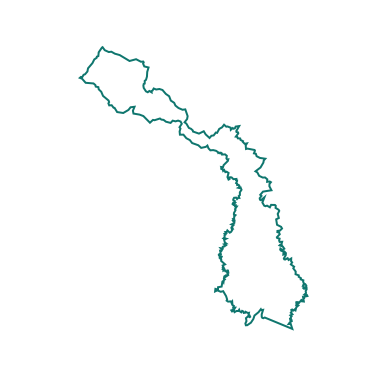 the district of Simacota, Santander, Colombia, rotated 198°
{"feature_id": "7082276B23546148362682", "entity_name": "Simacota", "entity_type": "district", "adm_level": 2, "iso_a3": "COL", "parent_name": "Colombia", "parent_adm1": "Santander", "projection": "mercator", "projection_center": [-73.674, 6.657], "detail": "fine", "context": "isolated", "style": "outline", "palette": "teal", "viewbox_px": 384, "rotation_deg": 198, "n_neighbors": 0, "source": "geoboundaries", "source_scale": "gbopen_adm2", "svg_char_len": 6001}
<svg xmlns="http://www.w3.org/2000/svg" viewBox="0 0 384 384"><g transform="rotate(198 192 192)"><path d="M54.3,92.8L57.4,97.1L59.3,96.3L58.7,98.3L57.2,100.0L57.8,101.0L59.0,100.7L59.6,101.8L58.9,102.4L59.3,103.3L58.9,104.5L60.3,105.1L58.7,106.7L60.7,107.7L60.2,108.9L61.1,110.6L60.4,111.2L58.7,110.7L58.1,112.0L57.0,111.5L57.2,114.5L55.9,116.8L57.2,116.8L58.3,115.8L57.2,118.4L58.6,118.7L58.7,119.5L57.1,120.0L56.1,119.3L54.3,123.9L54.2,121.9L51.8,122.4L53.8,126.2L52.6,126.1L52.8,127.2L50.1,128.7L50.8,129.5L53.4,129.2L52.3,131.1L53.3,132.9L52.9,134.8L53.4,136.1L55.5,134.6L56.5,135.0L56.5,136.0L54.2,136.4L54.3,138.2L55.7,139.3L57.4,137.7L57.3,139.7L58.6,141.0L58.8,142.4L61.6,142.5L61.8,143.7L64.3,144.3L64.7,145.7L68.1,145.8L68.8,148.4L72.1,150.7L71.8,152.5L75.6,153.7L75.0,156.0L76.3,156.7L77.1,159.4L79.1,157.2L80.6,158.6L82.6,156.5L83.5,156.5L84.1,157.2L83.3,160.8L83.8,162.9L85.1,163.6L84.9,161.4L85.8,160.7L86.5,163.7L89.1,163.7L90.3,164.4L90.4,165.5L88.1,164.7L86.7,166.6L88.8,168.2L92.2,168.3L91.8,169.1L90.0,169.0L90.8,170.1L90.9,172.5L93.2,171.6L94.1,172.7L94.3,174.7L96.8,174.6L97.3,175.2L95.5,178.9L96.6,180.3L98.4,180.2L98.7,181.4L96.4,182.5L95.1,185.1L96.5,186.4L101.0,187.1L103.5,192.0L101.4,194.1L103.7,197.6L103.2,201.0L104.2,201.9L107.6,202.7L108.1,204.8L109.1,205.3L112.8,204.2L113.2,201.5L116.4,202.2L117.8,201.2L119.1,201.3L121.8,203.7L121.5,209.3L123.9,205.5L125.0,205.7L125.7,207.0L124.7,209.7L126.2,210.4L124.6,214.3L117.0,218.2L120.2,221.4L120.8,223.6L120.0,225.7L121.3,226.0L123.7,224.9L124.3,227.3L127.0,228.4L129.2,227.6L133.1,228.1L135.9,230.8L138.0,231.3L134.4,236.5L133.2,242.0L133.5,244.2L132.6,246.3L137.9,245.4L141.6,246.0L143.1,248.1L145.0,247.9L144.9,250.7L145.5,251.3L152.7,250.4L153.9,249.6L155.3,252.8L154.8,255.2L156.8,254.1L159.2,255.4L159.2,256.1L161.9,256.5L162.7,257.8L165.0,257.2L166.0,258.4L167.4,258.2L166.1,262.0L166.6,262.9L168.2,262.8L168.7,263.6L167.5,269.3L170.7,267.7L170.9,265.8L172.1,265.0L173.0,265.4L174.3,263.2L175.1,265.1L178.5,265.3L179.6,264.7L182.3,265.9L183.4,262.8L185.6,260.4L186.4,256.0L187.7,255.9L188.9,252.5L190.9,251.5L192.0,248.8L196.8,251.0L199.6,253.4L203.4,249.7L209.7,249.8L210.3,250.8L212.5,251.8L214.8,252.0L218.5,255.3L220.6,256.0L219.2,259.9L219.6,262.8L223.9,268.5L226.4,267.3L230.8,267.7L234.5,269.1L236.5,271.3L240.4,272.4L243.3,276.0L247.2,277.2L251.6,279.9L254.8,279.9L257.8,278.4L260.4,278.6L260.9,276.2L261.7,275.5L261.2,274.3L263.8,274.9L264.9,273.2L266.9,273.5L270.1,276.1L271.1,278.1L271.3,279.8L270.5,280.5L271.3,283.1L270.4,284.5L270.5,287.8L271.7,292.4L271.8,297.0L276.2,296.7L278.2,299.0L278.0,300.4L278.7,301.0L280.8,300.1L286.2,301.0L291.9,297.3L303.1,299.9L308.1,299.7L312.0,300.5L314.4,299.4L318.8,299.9L321.8,302.1L322.3,301.5L323.9,296.0L323.1,292.3L324.3,291.3L324.2,290.1L325.9,287.9L326.5,283.8L329.1,277.5L328.7,274.3L330.1,270.9L331.3,270.0L331.9,267.3L333.2,267.1L333.9,265.9L331.6,265.8L326.9,263.0L319.2,264.8L317.0,263.9L316.1,262.5L313.5,262.8L312.4,260.8L309.3,259.3L306.3,255.9L299.6,253.2L298.6,251.9L298.9,250.5L297.5,248.8L295.2,249.7L292.6,247.9L291.7,248.1L287.9,244.9L281.8,245.9L277.8,250.4L276.6,253.6L273.0,255.3L273.3,251.0L271.9,248.5L265.8,249.4L261.7,249.2L253.4,244.9L251.4,248.5L249.8,248.7L245.2,252.0L243.5,251.4L241.3,251.8L238.5,250.8L233.7,251.1L232.4,253.9L229.5,254.1L227.3,255.6L224.6,255.5L222.8,253.7L223.9,249.7L222.6,248.8L222.5,245.8L221.2,242.8L217.9,243.9L214.0,241.4L210.1,240.7L207.0,238.6L200.4,238.4L196.9,236.8L192.8,239.2L191.7,240.9L189.8,238.6L187.4,237.3L184.8,238.4L181.9,238.6L179.8,238.0L179.1,237.2L178.5,237.8L177.2,237.4L176.7,238.3L175.6,238.0L175.0,236.9L172.2,238.0L170.1,237.2L169.6,234.5L168.6,233.8L167.6,234.3L167.5,232.6L170.2,227.4L170.2,225.2L171.6,224.9L171.0,224.4L171.7,224.1L171.3,223.0L169.7,222.9L168.9,221.7L168.2,222.9L166.4,221.2L165.4,222.0L163.1,221.4L162.9,217.2L161.1,215.1L160.3,215.9L160.8,217.5L160.0,217.9L158.8,218.1L156.6,217.0L153.9,218.1L153.7,216.9L152.7,217.0L152.5,216.3L152.8,214.1L151.8,213.9L151.2,212.6L150.0,213.2L149.0,212.7L148.7,211.0L149.3,210.3L147.9,210.4L147.2,211.3L145.6,209.4L146.4,206.5L145.5,203.9L146.3,202.6L145.2,201.0L146.2,200.8L147.0,199.2L148.3,200.3L150.2,199.5L150.5,197.7L150.1,196.9L148.5,196.6L148.6,195.6L147.5,195.3L148.1,194.2L149.5,194.3L149.7,193.1L148.4,192.5L146.4,192.9L146.5,191.7L144.9,192.1L145.8,189.0L145.0,188.3L145.6,184.9L145.2,183.6L143.5,183.4L143.9,182.5L144.7,183.1L143.8,180.1L144.6,179.2L143.4,178.6L144.4,177.5L143.7,177.0L142.6,177.5L142.2,175.6L144.4,173.4L142.3,173.3L143.3,171.2L142.0,169.8L143.1,169.6L142.0,168.2L142.5,166.2L143.5,165.0L146.5,166.4L146.7,164.7L147.7,164.3L146.7,163.6L148.1,162.4L147.0,161.8L147.7,160.9L147.0,159.1L147.7,157.8L145.1,158.1L146.7,156.5L145.2,154.2L143.3,153.5L145.2,152.3L143.3,151.7L144.4,150.5L143.5,150.4L144.8,150.3L145.8,149.4L145.3,147.8L147.4,147.4L145.6,146.2L145.8,145.0L147.1,144.8L145.4,141.8L146.8,141.4L147.1,140.5L146.5,139.8L143.8,139.7L143.9,138.6L145.3,139.0L145.4,137.9L143.3,136.8L143.0,135.5L138.2,133.4L140.1,131.6L138.7,130.1L140.1,130.3L138.6,129.2L139.0,128.1L138.0,127.8L137.8,127.0L136.8,128.1L135.8,126.9L134.5,127.1L134.2,128.3L133.5,128.4L132.5,126.5L133.4,126.0L131.9,124.2L134.2,121.2L134.4,122.7L135.2,121.7L134.9,119.5L133.8,119.0L134.5,118.0L134.2,116.2L134.9,116.9L135.4,116.2L134.6,111.2L137.8,109.5L137.1,107.2L139.8,107.1L139.3,104.6L137.5,106.3L133.8,106.0L131.7,107.3L127.4,103.5L125.4,100.7L125.5,99.4L123.8,98.9L121.2,100.0L120.1,98.7L119.8,99.9L118.6,97.0L117.0,96.6L117.1,94.8L115.2,95.4L115.7,93.3L118.0,91.6L117.0,90.8L115.6,92.5L114.4,90.9L112.9,92.6L111.2,93.1L110.8,94.6L109.9,93.4L108.0,92.8L107.6,94.4L106.3,94.2L105.4,93.0L104.0,93.7L104.0,94.6L101.4,94.2L100.5,94.7L100.2,92.3L99.2,92.5L98.1,91.3L98.4,90.8L100.3,91.1L101.7,88.7L100.3,86.1L100.6,83.5L99.6,81.9L98.3,82.4L95.6,85.9L94.4,90.2L94.4,93.8L91.6,98.2L90.3,101.8L89.6,101.1L88.0,101.9L87.9,97.1L87.1,94.8L86.2,94.0L85.2,94.0L84.0,95.1L54.3,92.8Z" fill="none" stroke="#0f766e" stroke-width="2"/></g></svg>